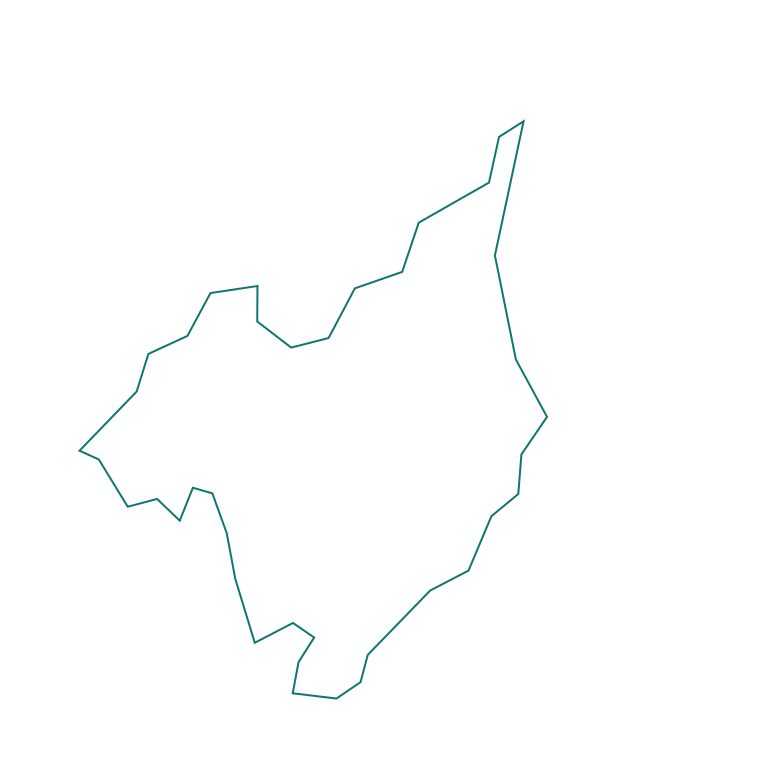 Vabkent, Bukhoro, Uzbekistan (Robinson projection), rotated 314°
{"feature_id": "79887680B72546583413926", "entity_name": "Vabkent", "entity_type": "district", "adm_level": 2, "iso_a3": "UZB", "parent_name": "Uzbekistan", "parent_adm1": "Bukhoro", "projection": "robinson", "projection_center": [64.502, 39.936], "detail": "fine", "context": "isolated", "style": "outline", "palette": "teal", "viewbox_px": 768, "rotation_deg": 314, "n_neighbors": 0, "source": "geoboundaries", "source_scale": "gbopen_adm2", "svg_char_len": 657}
<svg xmlns="http://www.w3.org/2000/svg" viewBox="0 0 768 768"><g transform="rotate(314 384 384)"><path d="M473.6,524.1L493.2,461.9L553.5,374.5L621.8,331.9L669.9,301.9L641.7,295.1L601.8,319.6L524.2,296.9L477.3,319.2L432.6,296.6L378.6,312.2L345.7,291.9L340.9,249.4L366.6,224.9L328.9,196.0L282.0,209.2L242.0,193.6L206.8,211.3L124.5,211.3L131.6,231.3L117.7,284.9L143.7,300.6L143.8,332.0L176.6,318.6L186.1,336.5L167.4,374.6L140.5,412.4L108.1,470.8L148.9,484.5L153.1,509.9L124.6,515.7L98.1,533.2L124.7,568.3L153.3,574.2L177.8,560.5L267.6,560.7L308.5,574.4L363.5,553.1L398.2,557.0L428.7,531.8L473.6,524.1Z" fill="none" stroke="#0f766e" stroke-width="2"/></g></svg>